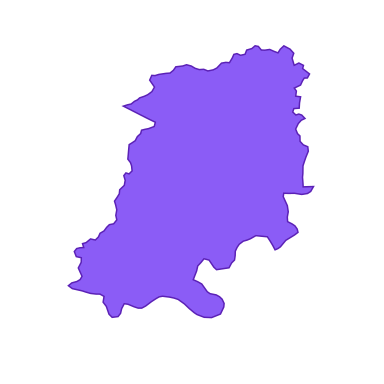 Porto Barreiro, Paraná, Brazil (Mercator projection), rotated 346°
{"feature_id": "56859067B98723098122563", "entity_name": "Porto Barreiro", "entity_type": "district", "adm_level": 2, "iso_a3": "BRA", "parent_name": "Brazil", "parent_adm1": "Paraná", "projection": "mercator", "projection_center": [-52.383, -25.592], "detail": "fine", "context": "isolated", "style": "filled", "palette": "violet", "viewbox_px": 384, "rotation_deg": 346, "n_neighbors": 0, "source": "geoboundaries", "source_scale": "gbopen_adm2", "svg_char_len": 2831}
<svg xmlns="http://www.w3.org/2000/svg" viewBox="0 0 384 384"><g transform="rotate(346 192 192)"><path d="M315.3,176.1L311.4,173.2L309.1,169.0L310.3,163.7L308.5,160.9L307.8,156.0L311.7,151.3L315.4,148.8L319.4,148.0L317.1,143.9L314.5,142.2L311.4,142.4L309.1,138.8L311.0,135.7L316.3,136.6L317.9,131.5L320.4,125.9L315.8,124.1L317.7,119.3L316.4,115.9L323.2,114.5L326.1,110.9L328.5,108.6L331.5,109.3L334.6,105.9L329.2,99.0L330.8,96.1L326.9,92.7L321.8,93.8L321.5,86.3L324.3,82.0L321.7,77.1L316.5,72.4L312.2,74.8L309.1,77.8L305.5,75.3L301.9,72.5L296.9,72.0L293.6,71.0L291.6,66.8L288.6,65.4L284.8,67.3L279.4,67.5L276.8,71.2L272.2,71.1L269.1,68.6L265.9,68.6L263.5,71.7L259.6,75.6L256.2,74.4L251.8,74.1L246.1,77.7L242.2,78.6L236.7,78.4L233.1,75.8L228.7,75.0L224.9,72.7L221.8,69.6L217.5,67.2L213.5,67.5L206.6,66.6L203.4,69.4L199.4,71.3L195.5,70.6L188.3,69.9L184.3,70.1L181.2,69.1L178.0,73.2L181.0,81.1L177.4,84.9L172.5,86.9L168.8,87.6L164.0,88.0L161.4,89.4L158.1,90.1L154.3,91.9L150.5,91.8L146.2,92.1L165.4,108.8L170.7,113.3L173.3,115.4L171.2,119.3L165.0,120.0L161.4,119.8L158.0,119.8L156.3,122.9L152.4,125.0L149.3,128.5L145.4,129.9L142.5,130.8L141.0,135.0L139.2,140.3L137.7,144.6L139.4,148.6L139.7,152.0L139.0,157.0L135.3,159.2L132.5,157.5L129.8,159.6L130.0,164.5L127.9,169.2L122.4,172.3L121.0,176.2L118.0,179.1L114.6,182.1L114.8,186.0L114.7,191.1L112.4,196.3L112.3,200.8L108.3,203.9L103.9,203.7L100.7,205.6L97.2,208.5L92.8,209.8L90.3,213.0L86.6,215.2L82.2,213.0L77.0,215.5L73.3,215.6L73.5,219.7L69.8,219.0L66.4,219.0L63.4,221.3L64.1,226.7L68.7,229.0L67.5,233.4L63.3,238.2L64.9,247.2L62.3,249.9L58.7,251.0L53.4,251.1L49.4,253.0L52.5,256.8L61.6,261.4L64.6,263.3L69.1,265.9L74.2,267.8L78.0,268.8L81.4,272.0L79.1,277.4L81.2,282.3L81.9,290.5L84.2,294.3L90.1,295.0L93.3,292.5L95.5,288.2L99.2,284.0L102.7,285.4L108.1,289.4L111.6,291.6L115.2,292.5L119.5,291.4L126.3,288.5L131.5,286.7L134.8,285.8L138.2,286.0L144.7,288.5L148.8,290.5L152.6,292.9L157.6,298.8L161.2,304.5L165.0,309.7L167.2,312.1L173.5,316.5L180.6,318.6L190.1,317.3L195.0,311.3L196.2,307.9L195.3,303.3L193.4,300.3L190.6,297.7L184.9,295.0L182.7,292.5L179.2,283.6L175.9,280.5L172.0,277.4L174.5,273.8L177.4,269.7L179.7,265.1L183.6,262.6L187.5,259.7L192.1,262.2L195.0,270.2L197.0,273.3L209.6,274.5L213.3,270.4L216.8,268.3L218.5,264.1L219.7,259.9L222.4,256.6L225.2,254.1L229.9,252.1L233.7,252.0L237.3,251.5L243.4,249.8L254.3,253.7L256.1,259.0L257.4,263.3L258.6,268.2L261.6,267.7L264.5,266.6L271.3,261.6L281.1,258.5L285.1,256.8L285.1,253.4L283.7,249.8L281.4,247.2L277.6,243.9L278.4,239.4L280.6,234.5L281.2,228.3L279.4,218.6L280.7,215.4L285.7,216.8L291.0,218.0L297.9,220.9L303.7,221.4L307.3,220.2L311.2,216.1L306.2,215.0L301.1,213.9L301.8,210.3L302.8,204.4L304.0,201.0L306.0,193.5L308.3,189.8L310.9,185.8L314.7,180.6L315.3,176.1Z" fill="#8b5cf6" stroke="#5b21b6" stroke-width="1.5"/></g></svg>